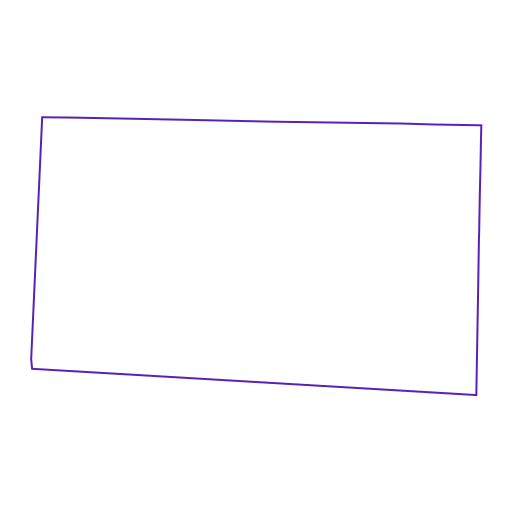 outline of McDonald, Missouri, United States of America, rotated 181°
{"feature_id": "52423323B38685090591700", "entity_name": "McDonald", "entity_type": "district", "adm_level": 2, "iso_a3": "USA", "parent_name": "United States of America", "parent_adm1": "Missouri", "projection": "albers", "projection_center": [-94.424, 36.633], "detail": "fine", "context": "isolated", "style": "outline", "palette": "violet", "viewbox_px": 512, "rotation_deg": 181, "n_neighbors": 0, "source": "geoboundaries", "source_scale": "gbopen_adm2", "svg_char_len": 486}
<svg xmlns="http://www.w3.org/2000/svg" viewBox="0 0 512 512"><g transform="rotate(181 256 256)"><path d="M472.2,391.0L479.0,148.9L477.9,139.3L33.3,120.8L33.3,186.6L33.3,218.9L33.3,220.4L33.4,276.3L33.3,282.1L33.3,289.9L33.3,311.5L33.3,320.6L33.1,352.7L33.2,353.6L33.1,355.4L33.1,372.1L33.1,374.9L33.0,390.6L80.7,390.6L113.0,391.0L241.5,390.6L316.1,390.9L387.5,391.1L444.3,391.2L444.9,391.2L453.4,391.1L454.7,391.1L472.2,391.0Z" fill="none" stroke="#5b21b6" stroke-width="2"/></g></svg>